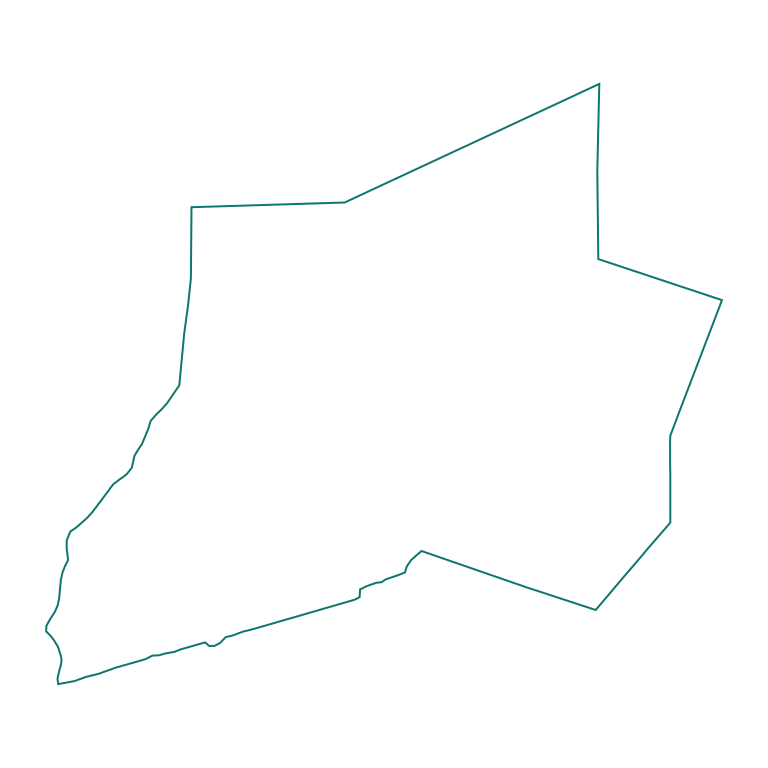 outline of Santa Luzia do Paruá, Maranhão, Brazil
{"feature_id": "56859067B5284280093105", "entity_name": "Santa Luzia do Paruá", "entity_type": "district", "adm_level": 2, "iso_a3": "BRA", "parent_name": "Brazil", "parent_adm1": "Maranhão", "projection": "natural_earth1", "projection_center": [-45.86, -2.528], "detail": "fine", "context": "isolated", "style": "outline", "palette": "teal", "viewbox_px": 768, "rotation_deg": 0, "n_neighbors": 0, "source": "geoboundaries", "source_scale": "gbopen_adm2", "svg_char_len": 1273}
<svg xmlns="http://www.w3.org/2000/svg" viewBox="0 0 768 768"><path d="M58.2,684.1L74.4,681.1L86.0,676.9L98.4,673.9L115.9,667.6L123.3,665.5L145.4,659.2L152.4,655.6L158.8,655.3L166.0,653.3L174.0,652.0L180.3,649.5L205.1,642.4L209.4,646.1L214.7,645.8L220.0,643.0L225.8,637.1L232.0,635.7L242.7,631.7L248.1,630.4L254.9,628.6L331.2,606.5L355.0,599.6L359.6,597.1L360.1,589.4L367.1,586.0L376.1,582.8L381.6,582.2L385.6,579.4L399.7,574.6L405.0,572.4L406.8,566.4L411.2,560.0L415.9,555.8L421.5,551.0L526.1,587.2L595.7,610.0L627.1,572.9L636.4,562.2L648.4,547.9L670.3,522.7L670.3,477.5L670.1,460.7L670.1,441.7L670.3,435.7L680.0,410.0L717.0,313.2L719.5,306.7L721.9,300.1L714.9,297.8L598.3,259.1L597.3,170.5L599.3,83.9L344.6,202.5L191.5,207.2L190.9,278.1L188.1,304.8L184.2,333.7L179.3,385.3L167.2,403.0L162.9,408.0L156.1,414.7L150.7,420.8L148.1,429.3L141.8,444.4L138.4,449.2L134.5,455.7L131.8,467.7L126.8,474.1L123.1,477.0L119.1,479.8L113.2,484.3L101.3,500.3L92.2,512.3L86.5,518.5L76.6,527.2L70.3,531.6L66.7,540.4L66.7,549.0L68.1,560.2L65.0,566.1L62.5,572.6L60.9,579.6L59.1,598.7L57.7,605.2L55.0,611.6L49.8,619.7L46.4,625.9L46.1,631.3L51.2,636.5L54.3,640.8L58.0,646.9L60.8,655.6L61.6,660.7L60.6,666.2L59.1,671.3L57.5,678.6L58.2,684.1Z" fill="none" stroke="#0f766e" stroke-width="2"/></svg>